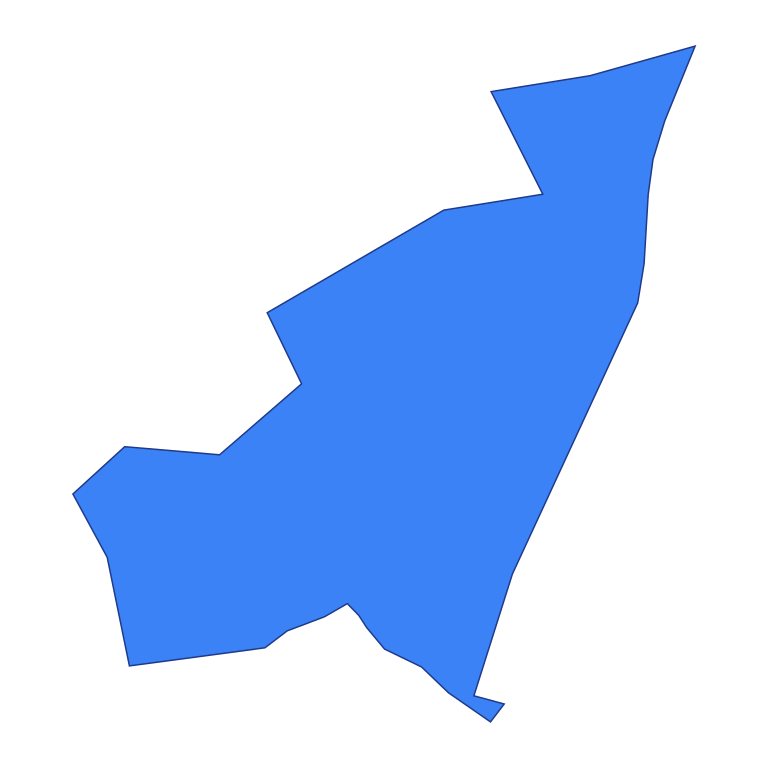 map outline of Baltinavas (Albers equal-area conic projection)
{"feature_id": "LVA-5743", "entity_name": "Baltinavas", "entity_type": "Municipality", "adm_level": 1, "iso_a3": "LVA", "parent_name": "Latvia", "parent_adm1": "", "projection": "albers", "projection_center": [27.602, 56.934], "detail": "fine", "context": "isolated", "style": "filled", "palette": "blue", "viewbox_px": 768, "rotation_deg": 0, "n_neighbors": 0, "source": "natural_earth", "source_scale": "10m", "svg_char_len": 499}
<svg xmlns="http://www.w3.org/2000/svg" viewBox="0 0 768 768"><path d="M695.1,46.1L664.7,121.0L653.0,159.4L648.2,194.5L644.1,263.7L637.7,302.9L512.4,574.0L473.9,695.8L504.2,704.0L490.5,721.9L448.5,692.8L421.6,667.0L384.6,649.1L366.7,627.6L358.8,615.4L347.3,603.6L324.6,616.7L287.3,630.8L264.9,647.8L129.4,665.9L107.2,557.3L72.9,494.0L124.7,446.7L219.6,454.8L301.6,383.8L267.2,312.7L443.8,210.1L542.8,194.2L491.1,91.6L590.0,75.7L695.1,46.1Z" fill="#3b82f6" stroke="#1e3a8a" stroke-width="1.5"/></svg>